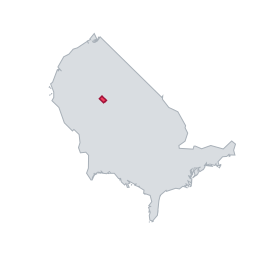 location of Moffat, Colorado, United States of America, rotated 44°
{"feature_id": "52423323B20517885523986", "entity_name": "Moffat", "entity_type": "district", "adm_level": 2, "iso_a3": "USA", "parent_name": "United States of America", "parent_adm1": "Colorado", "projection": "albers", "projection_center": [-108.223, 40.612], "detail": "fine", "context": "in_parent", "style": "filled", "palette": "rose", "viewbox_px": 256, "rotation_deg": 44, "n_neighbors": 0, "source": "geoboundaries", "source_scale": "gbopen_adm2", "svg_char_len": 4021}
<svg xmlns="http://www.w3.org/2000/svg" viewBox="0 0 256 256"><g transform="rotate(44 128 128)"><path d="M199.7,83.1L211.1,76.9L211.6,65.3L216.5,64.9L219.4,70.6L223.7,73.2L219.9,76.7L220.2,77.9L218.9,76.9L218.8,79.8L216.0,83.0L216.2,89.8L219.3,91.4L220.5,90.5L219.7,89.6L220.3,89.9L221.0,91.0L217.4,93.6L216.1,92.6L216.5,94.6L212.1,97.0L209.6,100.8L209.4,99.3L208.7,98.6L209.1,102.1L210.3,102.3L211.0,105.1L210.0,109.6L206.6,108.4L207.3,105.6L206.2,107.8L207.8,110.0L209.4,110.9L210.1,112.4L209.2,119.2L208.8,115.3L205.2,112.9L205.4,108.8L203.4,110.7L206.2,115.7L203.3,114.9L202.6,115.4L202.7,113.5L202.5,113.0L202.2,114.6L202.5,115.7L206.8,116.4L206.3,117.6L204.1,116.4L203.4,116.3L206.2,117.8L207.2,117.9L207.2,119.4L205.7,118.8L208.1,120.1L207.8,120.6L206.6,119.9L204.3,120.2L207.7,121.1L209.4,120.4L212.9,124.5L210.0,121.4L211.4,123.7L207.9,124.4L211.1,125.9L212.0,124.8L211.4,127.5L208.0,127.9L210.3,128.3L209.0,130.0L211.3,130.1L207.9,131.9L207.3,136.1L204.2,138.2L199.7,146.8L198.7,146.4L198.0,153.1L198.2,154.6L200.7,158.8L209.8,170.4L210.3,177.8L207.8,179.1L204.1,176.2L202.6,173.2L197.9,170.8L198.7,168.8L196.9,169.4L196.3,164.5L190.8,161.1L184.5,164.0L182.7,161.6L176.2,163.0L176.8,161.7L175.9,163.1L173.1,164.2L172.6,162.1L172.4,163.7L163.6,166.1L167.6,166.3L166.7,168.6L170.0,169.8L168.8,171.2L165.0,169.3L165.2,171.3L160.6,171.4L157.7,169.4L156.4,170.9L149.6,170.1L146.2,173.4L147.1,172.5L144.9,172.2L144.4,175.7L140.7,178.5L141.5,177.7L138.8,177.7L139.9,178.7L137.0,180.6L136.3,184.4L134.8,184.0L136.1,184.9L136.8,188.3L138.3,190.2L137.5,191.1L129.6,189.3L127.4,184.4L118.6,175.0L114.5,174.7L111.0,178.9L106.0,176.5L103.7,171.9L97.3,166.6L90.1,166.6L90.1,168.7L78.6,168.5L64.0,161.2L54.3,161.2L53.4,157.6L49.6,153.7L41.7,150.0L42.0,147.5L36.7,135.2L37.1,134.0L38.3,135.7L37.8,133.1L40.7,133.3L35.2,132.8L32.3,121.4L34.2,115.9L33.8,109.4L35.9,105.5L38.5,93.9L41.0,94.6L38.3,93.6L39.6,90.5L38.7,90.4L38.1,83.5L43.9,85.7L42.2,89.0L44.5,86.8L43.9,89.7L42.4,90.2L43.4,90.5L44.7,89.5L45.5,86.6L44.6,81.8L130.9,82.5L130.7,80.8L132.8,83.4L143.0,84.9L152.6,81.7L167.8,86.3L168.9,88.2L174.5,90.2L178.2,97.9L176.8,105.3L179.0,107.0L189.5,98.0L188.1,95.2L188.9,94.3L195.4,91.8L199.7,83.1ZM214.0,97.7L215.9,96.5L209.6,101.3L214.5,96.7L214.0,97.7ZM44.6,84.6L45.1,86.6L45.0,86.9L44.1,85.3L44.6,84.6ZM138.1,189.7L136.7,186.8L136.6,185.0L137.0,186.8L138.1,189.7ZM220.5,76.7L220.9,77.6L220.5,77.6L220.5,76.7ZM157.9,170.2L158.2,170.9L157.4,170.5L157.9,170.2ZM44.5,153.3L45.5,153.0L44.5,153.3ZM43.5,152.9L43.1,153.4L42.8,152.9L43.5,152.9ZM219.3,93.0L219.0,93.8L218.8,93.7L219.3,93.0ZM137.0,183.4L136.6,184.8L137.6,182.0L137.0,183.4ZM207.0,166.5L208.7,168.8L206.7,166.3L207.0,166.5ZM49.2,156.2L49.5,157.0L49.1,156.3L49.2,156.2ZM210.8,178.1L210.2,179.2L211.0,177.0L210.8,178.1ZM213.8,126.1L213.3,127.4L213.1,124.7L213.8,126.1ZM44.0,83.0L43.9,83.5L43.6,83.2L44.0,83.0ZM140.0,179.3L138.7,180.1L140.0,179.0L140.0,179.3ZM221.2,92.4L221.5,93.0L220.8,93.1L221.2,92.4ZM48.9,158.3L49.1,159.2L48.8,158.4L48.9,158.3ZM138.4,180.6L137.8,181.1L138.3,180.4L138.4,180.6ZM210.2,113.6L209.9,115.3L210.2,113.1L210.2,113.6ZM145.9,174.1L145.0,174.8L146.2,173.7L145.9,174.1ZM198.4,153.7L198.5,154.9L198.2,154.2L198.4,153.7ZM211.6,130.2L211.4,130.5L211.9,129.3L211.6,130.2ZM186.8,163.1L185.9,164.0L185.4,164.0L186.8,163.1ZM172.6,164.1L172.5,164.4L171.8,164.5L172.6,164.1ZM201.5,173.7L201.8,174.4L201.2,173.6L201.5,173.7ZM170.1,166.3L170.1,167.1L169.8,165.8L170.1,166.3ZM208.8,180.7L208.2,181.0L209.0,180.5L208.8,180.7ZM211.0,105.7L210.9,106.5L211.0,105.4L211.0,105.7ZM212.8,127.8L212.5,128.2L212.4,128.2L212.8,127.8Z" fill="#d9dde1" stroke="#a8b0b8" stroke-width="1"/><path d="M92.9,126.8L92.9,126.3L92.9,125.3L93.1,125.3L93.1,125.0L93.3,125.0L93.3,123.1L93.1,123.1L92.2,123.1L91.2,123.1L90.7,123.1L90.2,123.2L89.1,123.2L88.6,123.2L87.7,123.1L87.1,123.1L87.1,124.0L87.1,124.5L87.1,124.8L87.1,125.3L87.1,125.5L87.1,125.8L87.1,126.8L90.5,126.8L92.1,126.8L92.7,126.8L92.9,126.8L92.9,126.8Z" fill="#f43f5e" stroke="#9f1239" stroke-width="1.5"/></g></svg>